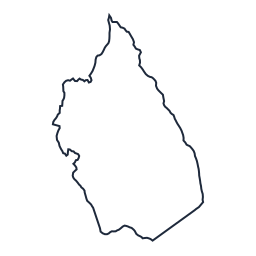 Dom Basílio, Bahia, Brazil (Equal Earth projection)
{"feature_id": "56859067B28125703872164", "entity_name": "Dom Basílio", "entity_type": "district", "adm_level": 2, "iso_a3": "BRA", "parent_name": "Brazil", "parent_adm1": "Bahia", "projection": "equal_earth", "projection_center": [-41.73, -13.831], "detail": "fine", "context": "isolated", "style": "outline", "palette": "slate", "viewbox_px": 256, "rotation_deg": 0, "n_neighbors": 0, "source": "geoboundaries", "source_scale": "gbopen_adm2", "svg_char_len": 2924}
<svg xmlns="http://www.w3.org/2000/svg" viewBox="0 0 256 256"><path d="M203.1,202.1L202.6,199.8L202.9,197.0L202.7,194.0L201.8,191.1L201.3,188.8L201.0,186.0L200.4,183.3L200.1,180.8L199.7,178.3L199.2,175.6L199.1,173.4L198.9,171.0L198.6,168.8L198.1,166.7L197.6,164.1L196.9,161.0L196.0,158.4L195.0,156.1L194.6,153.3L193.7,151.0L192.5,149.3L191.1,147.6L189.7,146.1L188.0,145.4L186.6,144.7L185.3,142.5L183.5,140.5L183.6,137.9L183.1,135.0L182.4,133.1L181.6,130.8L180.2,128.0L178.6,125.5L177.6,124.0L176.6,122.2L175.7,120.4L174.8,118.8L174.2,116.8L173.5,115.0L171.7,113.9L170.5,112.7L169.5,110.8L168.0,109.3L166.6,107.9L165.2,106.8L164.1,105.2L163.5,103.4L164.1,101.1L163.4,97.7L162.9,94.7L161.2,93.1L159.6,91.5L158.4,90.3L157.1,88.6L156.0,85.8L156.2,82.8L155.5,80.9L154.2,79.4L152.9,78.1L151.6,77.2L150.0,76.9L147.9,75.9L145.8,74.1L143.9,71.4L142.8,69.6L141.1,67.3L139.2,65.4L140.0,62.7L139.9,60.1L139.3,58.3L139.1,55.7L140.0,54.0L140.9,52.3L139.8,50.0L137.7,49.4L135.9,48.6L134.6,46.4L133.4,44.8L134.0,42.2L132.9,39.2L131.0,36.0L129.7,33.7L128.6,31.9L126.8,31.7L125.6,30.3L124.5,28.6L122.6,27.7L120.7,27.3L119.1,24.9L118.0,23.3L116.9,22.0L114.8,22.0L112.5,22.0L111.6,20.6L111.0,17.9L109.3,15.4L108.9,17.8L108.2,20.0L108.9,22.7L109.7,25.6L110.0,29.4L109.5,32.8L109.5,36.1L109.4,38.5L109.1,41.2L108.4,43.2L107.2,44.6L105.9,46.1L104.8,47.7L103.9,49.7L102.7,52.1L101.4,54.1L99.5,55.3L97.6,55.6L96.3,57.1L95.6,59.7L95.4,62.7L94.6,65.8L93.7,68.2L92.5,71.1L90.9,73.7L89.4,75.8L90.7,77.6L91.5,80.2L90.6,81.9L88.9,82.5L87.5,80.0L85.7,80.2L84.4,81.3L82.8,79.9L81.1,79.6L79.6,78.6L78.3,79.7L77.1,81.1L75.0,81.0L73.0,78.5L71.4,79.6L70.0,80.7L68.1,80.2L66.1,80.8L64.4,82.3L62.9,84.5L63.2,86.7L63.3,88.9L63.4,91.2L64.4,92.8L64.4,95.4L64.1,97.8L63.4,99.5L62.5,100.9L62.4,103.1L62.2,105.8L60.1,106.1L60.0,108.4L59.7,110.3L59.7,112.9L57.8,114.6L57.1,116.4L55.9,118.3L54.5,119.9L53.3,121.9L52.9,124.3L59.5,126.1L59.7,128.1L58.4,130.4L57.4,133.1L56.6,136.0L57.0,139.9L58.8,142.7L59.5,145.9L60.4,147.8L61.3,149.5L62.4,151.2L63.2,153.2L64.9,153.6L66.3,155.7L67.7,154.6L67.9,152.1L68.3,149.3L69.8,149.5L71.8,151.2L73.6,151.4L75.0,153.0L76.8,153.6L78.2,154.2L79.2,156.0L78.6,158.1L77.6,159.9L75.9,160.2L74.8,162.5L73.4,163.8L74.9,165.4L76.3,167.4L76.6,169.4L75.0,170.8L73.2,172.6L72.7,175.7L73.3,177.6L74.5,179.3L75.9,180.5L77.5,182.4L79.2,184.7L80.4,185.7L81.3,187.3L83.1,188.7L84.5,190.6L84.7,192.5L85.7,196.0L86.4,198.6L87.2,200.8L89.4,202.8L91.1,204.5L92.1,206.3L93.1,207.7L100.0,228.3L100.6,231.6L102.7,233.3L104.9,234.2L107.1,234.2L108.8,233.4L110.1,232.2L111.8,231.3L113.8,231.4L115.7,231.3L117.1,230.4L118.9,229.7L120.6,228.4L122.8,226.5L124.6,225.6L126.5,226.0L128.0,226.5L129.6,227.3L131.6,227.9L133.7,229.7L134.8,231.0L136.3,233.9L138.2,235.4L140.2,236.3L141.6,237.1L142.6,238.3L144.8,238.0L147.0,237.8L148.7,238.3L150.5,239.0L152.6,240.6L194.8,210.1L196.1,209.0L198.9,207.1L203.1,202.1Z" fill="none" stroke="#1e293b" stroke-width="2"/></svg>